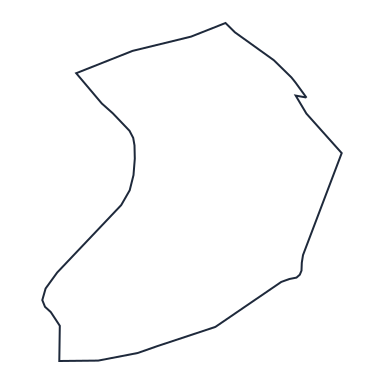 the border of Hau Giang
{"feature_id": "VNM-505", "entity_name": "Hau Giang", "entity_type": "Province", "adm_level": 1, "iso_a3": "VNM", "parent_name": "Vietnam", "parent_adm1": "", "projection": "robinson", "projection_center": [105.637, 9.855], "detail": "fine", "context": "isolated", "style": "outline", "palette": "slate", "viewbox_px": 384, "rotation_deg": 0, "n_neighbors": 0, "source": "natural_earth", "source_scale": "10m", "svg_char_len": 620}
<svg xmlns="http://www.w3.org/2000/svg" viewBox="0 0 384 384"><path d="M306.5,97.7L306.3,97.5L295.7,95.6L306.4,113.6L341.7,153.1L303.0,255.1L301.8,262.7L301.5,270.6L299.8,274.7L296.5,277.6L289.4,279.0L281.3,281.9L215.4,326.9L157.4,346.1L137.7,353.0L98.2,360.6L59.3,361.0L59.8,325.8L50.8,312.1L45.0,306.8L42.3,300.1L45.6,288.5L57.2,272.5L121.2,205.1L129.7,190.3L133.5,175.1L134.8,158.7L134.5,145.4L133.2,137.9L129.5,130.8L112.9,113.4L101.8,103.5L76.2,73.2L132.5,50.9L191.1,36.6L225.5,23.0L234.9,32.3L273.8,60.2L291.4,77.4L295.4,82.4L306.3,97.4L306.5,97.7L306.5,97.7Z" fill="none" stroke="#1e293b" stroke-width="2"/></svg>